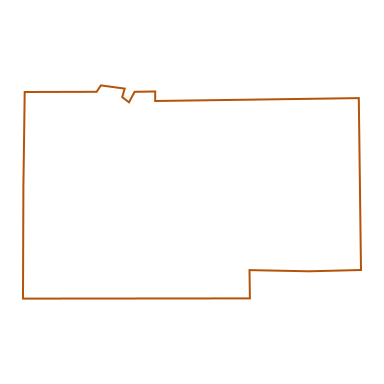 Lee, Illinois, United States of America (orthographic projection)
{"feature_id": "52423323B51586507670768", "entity_name": "Lee", "entity_type": "district", "adm_level": 2, "iso_a3": "USA", "parent_name": "United States of America", "parent_adm1": "Illinois", "projection": "orthographic", "projection_center": [-89.364, 41.748], "detail": "fine", "context": "isolated", "style": "outline", "palette": "amber", "viewbox_px": 384, "rotation_deg": 0, "n_neighbors": 0, "source": "geoboundaries", "source_scale": "gbopen_adm2", "svg_char_len": 340}
<svg xmlns="http://www.w3.org/2000/svg" viewBox="0 0 384 384"><path d="M24.7,92.0L24.2,129.8L23.4,185.6L23.0,298.6L249.9,298.4L249.6,277.2L249.5,270.1L309.0,271.3L361.0,270.0L358.8,98.1L155.2,101.0L155.2,91.5L134.6,91.8L129.0,102.3L122.2,97.1L124.7,88.6L100.9,85.4L96.6,91.8L24.7,92.0Z" fill="none" stroke="#b45309" stroke-width="2"/></svg>